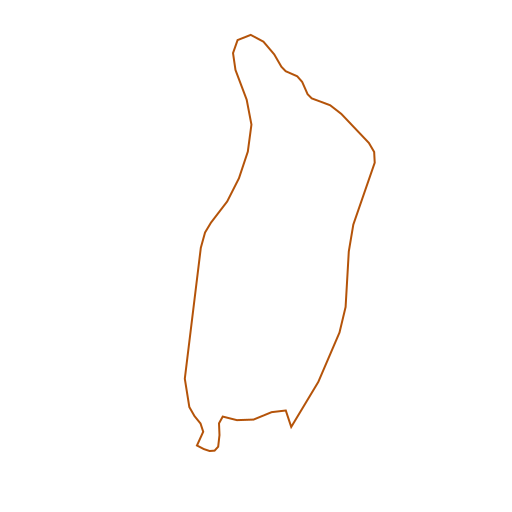 Temburong, orthographic projection, rotated 206°
{"feature_id": "BRN-1183", "entity_name": "Temburong", "entity_type": "District", "adm_level": 1, "iso_a3": "BRN", "parent_name": "Brunei", "parent_adm1": "", "projection": "orthographic", "projection_center": [115.184, 4.611], "detail": "fine", "context": "isolated", "style": "outline", "palette": "amber", "viewbox_px": 512, "rotation_deg": 206, "n_neighbors": 0, "source": "natural_earth", "source_scale": "10m", "svg_char_len": 752}
<svg xmlns="http://www.w3.org/2000/svg" viewBox="0 0 512 512"><g transform="rotate(206 256 256)"><path d="M226.0,59.8L226.4,74.9L232.4,81.1L241.2,85.2L249.7,91.0L266.2,114.5L309.2,239.2L312.1,254.8L311.1,266.3L305.8,292.4L305.4,318.4L309.1,346.2L317.7,372.1L332.9,392.4L356.0,414.2L365.6,428.3L367.2,442.0L357.7,452.4L343.3,451.9L328.0,445.2L316.1,437.2L310.3,435.1L297.7,435.6L290.8,432.7L280.5,424.0L275.0,422.1L255.4,424.0L241.6,421.1L204.1,407.1L195.4,401.3L190.2,391.9L182.3,326.9L174.6,300.8L153.1,249.4L147.4,223.8L144.8,170.1L149.4,117.8L161.5,130.2L173.5,122.5L186.5,107.9L201.2,100.1L215.5,97.1L215.9,89.4L210.3,79.0L206.4,68.0L207.9,62.9L212.2,60.4L218.3,59.6L225.8,59.8L226.0,59.8Z" fill="none" stroke="#b45309" stroke-width="2"/></g></svg>